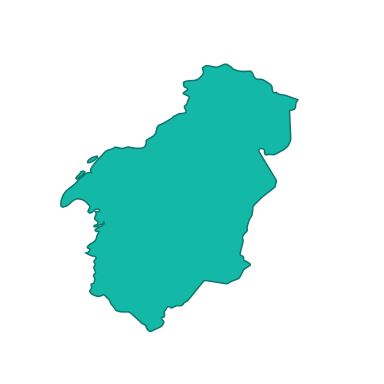 an SVG outline of Monagas, rotated 244°
{"feature_id": "VEN-46", "entity_name": "Monagas", "entity_type": "State", "adm_level": 1, "iso_a3": "VEN", "parent_name": "Venezuela", "parent_adm1": "", "projection": "equal_earth", "projection_center": [-62.996, 9.35], "detail": "fine", "context": "isolated", "style": "filled", "palette": "teal", "viewbox_px": 384, "rotation_deg": 244, "n_neighbors": 0, "source": "natural_earth", "source_scale": "10m", "svg_char_len": 5737}
<svg xmlns="http://www.w3.org/2000/svg" viewBox="0 0 384 384"><g transform="rotate(244 192 192)"><path d="M194.0,86.9L194.4,87.5L195.8,89.5L197.3,90.9L197.9,90.4L198.3,89.0L199.3,88.2L200.3,88.2L200.8,89.4L201.2,96.4L202.1,99.4L203.7,99.5L202.4,97.4L202.7,95.7L203.1,94.1L202.5,92.3L202.5,91.4L202.9,90.1L203.5,89.0L204.3,88.8L204.8,89.7L204.3,92.0L204.7,93.2L206.3,94.4L207.7,93.9L209.2,93.0L210.7,92.8L212.0,93.7L213.0,95.1L214.3,96.3L216.5,96.5L215.2,100.1L216.2,101.1L217.8,100.3L218.6,98.0L217.6,93.3L217.8,90.8L220.0,89.9L220.7,90.5L222.6,93.0L223.7,93.7L225.0,93.8L230.5,92.0L233.0,90.2L235.2,87.7L236.4,85.1L236.5,81.9L234.8,75.9L234.4,73.0L235.1,69.1L236.9,68.1L239.2,69.1L241.5,70.6L245.7,74.7L248.1,79.3L250.7,90.8L251.7,93.3L252.8,95.4L253.6,97.6L253.7,100.4L254.9,103.3L255.3,105.1L254.8,107.0L253.7,110.0L255.6,110.1L257.1,111.2L258.3,113.0L260.4,116.8L265.9,130.7L266.5,133.1L266.4,135.5L265.9,137.6L265.7,139.7L265.8,140.1L266.0,142.4L264.7,144.6L262.8,146.7L261.5,148.9L260.8,153.2L260.3,154.6L256.0,160.5L253.8,165.1L253.2,167.3L253.5,169.5L254.8,171.3L256.7,172.6L258.5,173.5L258.9,176.6L259.0,179.6L259.4,182.5L260.7,185.0L265.4,189.0L266.4,190.9L266.5,192.4L266.3,195.8L266.7,202.6L267.0,203.9L267.1,206.6L267.4,207.2L267.7,207.8L267.9,208.5L268.0,209.2L267.9,211.9L268.0,213.5L268.0,214.5L267.7,215.7L266.9,217.6L266.4,219.2L266.1,220.3L266.3,221.4L266.7,221.9L267.3,222.1L271.6,222.4L272.1,222.6L272.4,223.0L272.6,223.7L273.0,225.1L273.2,225.7L273.6,226.2L274.0,226.6L275.4,227.7L275.9,228.1L276.2,228.6L277.2,230.2L277.6,230.6L278.0,231.0L278.4,231.1L278.8,231.2L279.7,230.7L280.8,230.0L283.0,228.1L284.0,227.5L284.7,227.4L284.9,228.0L285.6,231.8L285.8,232.5L286.0,233.0L286.4,233.2L286.8,233.3L287.3,233.2L287.7,232.9L289.2,231.6L290.1,231.2L290.6,231.1L292.3,231.6L292.8,231.9L294.1,232.2L294.4,233.4L294.3,234.8L293.5,237.6L291.3,242.8L290.7,245.6L291.1,248.9L292.4,252.0L293.2,253.5L294.1,254.5L295.3,255.1L297.8,255.3L299.0,255.9L299.1,257.2L299.3,258.1L299.4,259.0L299.1,260.3L298.6,261.5L293.8,268.1L293.2,269.4L292.9,270.6L292.7,276.6L292.1,278.5L290.8,279.8L287.0,282.0L284.4,282.9L280.9,286.1L280.5,286.7L278.1,290.4L276.0,295.2L274.9,297.7L273.3,298.3L267.5,298.4L266.2,298.9L265.5,299.3L264.9,299.8L264.4,300.5L264.2,301.0L264.0,301.6L263.7,302.4L262.7,303.9L261.6,305.1L260.4,306.0L254.4,309.6L252.9,310.0L251.6,310.0L247.6,308.7L246.1,308.8L244.9,309.6L244.6,311.6L243.3,311.8L242.0,312.8L240.9,314.0L237.9,318.4L237.5,318.8L229.1,327.0L228.3,327.6L227.4,325.6L226.4,324.4L222.5,321.9L221.9,321.0L221.5,320.2L221.5,319.3L221.7,318.5L222.1,317.1L222.4,316.5L222.5,315.9L222.3,315.3L196.6,304.1L195.0,303.0L193.2,301.0L191.1,298.0L190.3,295.3L189.8,292.7L189.4,282.8L189.6,282.1L192.0,277.7L192.3,277.1L192.4,276.3L192.6,275.5L192.9,274.9L193.3,274.5L193.8,274.2L194.3,274.1L194.9,274.2L197.0,275.2L197.6,275.4L198.2,275.4L198.8,275.3L199.2,275.0L199.7,274.6L200.1,274.2L200.7,273.2L201.2,271.9L200.7,270.2L197.9,270.0L167.2,272.8L165.2,272.7L164.0,272.4L163.6,271.9L163.2,271.2L162.5,270.6L161.3,269.9L160.6,269.4L160.2,268.9L160.0,268.5L159.9,268.0L156.6,252.6L153.2,242.6L151.7,240.0L151.2,239.7L150.1,239.2L149.6,238.9L148.6,238.2L145.9,236.6L144.4,235.1L143.5,233.9L142.7,232.3L142.1,231.5L137.3,226.9L135.4,225.7L133.9,225.1L133.0,224.6L132.5,223.9L131.5,221.0L130.5,219.1L129.8,218.2L129.2,217.6L128.7,217.3L128.1,217.1L127.5,216.9L126.8,216.9L125.9,216.6L124.3,215.6L116.0,208.6L114.8,207.9L114.2,208.0L113.6,208.2L112.3,209.3L111.8,209.6L111.1,209.7L110.3,209.6L109.1,209.0L108.3,208.7L107.7,208.8L107.2,209.1L106.8,209.4L106.4,209.9L103.0,212.2L102.5,212.5L101.9,212.6L101.1,212.6L100.7,212.3L100.5,211.7L99.8,205.8L99.3,203.9L95.1,198.6L94.2,197.0L93.8,195.6L94.4,188.5L94.2,183.3L94.5,182.6L106.0,166.2L106.3,165.6L106.5,165.1L107.0,163.7L97.0,142.4L96.0,139.6L96.1,138.6L96.0,137.1L95.7,136.0L95.0,134.9L94.7,134.0L94.6,133.1L94.7,132.3L94.9,131.6L95.1,131.0L96.4,128.7L96.6,127.9L96.7,126.8L96.6,123.9L96.7,122.9L97.0,122.4L97.5,122.1L98.1,121.9L98.7,121.6L99.1,121.0L99.3,119.7L99.1,118.9L98.8,118.2L96.8,115.1L96.4,114.7L95.4,114.1L93.5,113.4L92.8,113.1L92.1,112.3L92.0,111.7L92.2,111.0L92.4,110.2L92.3,109.7L91.9,109.4L91.3,109.2L90.5,109.2L88.2,109.8L87.5,109.6L86.6,109.0L85.4,107.3L84.9,106.1L84.6,105.0L84.7,94.2L84.9,93.5L85.3,93.0L85.7,92.6L86.1,92.3L86.7,92.0L87.2,91.8L89.8,91.5L90.4,91.6L91.7,91.8L92.3,91.8L92.8,91.6L95.6,89.7L96.4,89.0L97.9,88.7L109.1,84.3L111.9,82.6L115.4,75.6L116.7,73.9L118.3,72.3L119.2,71.7L120.1,71.5L122.3,71.4L126.9,70.1L130.4,70.4L133.0,69.8L135.7,68.7L137.5,68.3L138.3,67.6L138.4,66.9L138.6,64.3L138.8,63.5L139.0,62.7L139.6,61.5L139.9,61.0L140.8,60.0L143.3,57.8L145.8,56.6L147.1,56.4L147.8,56.7L148.2,57.2L149.1,58.8L149.5,59.3L150.0,59.7L150.5,59.9L152.9,60.7L153.3,61.2L153.4,61.8L153.3,62.5L153.2,63.2L153.2,63.8L153.4,64.3L153.8,64.7L154.3,64.9L154.8,65.2L155.2,65.7L155.8,66.2L156.7,66.6L159.8,66.8L160.5,67.1L160.8,67.7L161.2,69.1L161.5,69.6L161.9,70.0L167.3,70.7L167.7,71.1L168.1,71.6L168.7,72.7L169.1,73.2L169.9,73.3L171.7,73.3L172.4,73.4L172.9,73.7L173.2,74.0L173.4,74.8L174.2,76.6L175.4,77.0L176.1,76.8L176.6,76.5L177.4,75.5L178.1,74.5L179.5,73.0L183.6,69.9L183.3,71.6L183.4,72.2L183.6,73.1L184.0,73.8L184.7,74.7L185.4,75.0L185.9,75.0L186.8,74.1L187.4,73.7L188.3,73.7L188.8,74.3L189.1,75.2L189.8,77.3L189.9,78.2L190.1,81.0L190.8,83.7L191.3,84.6L191.8,85.3L192.2,85.7L193.7,86.7L194.0,86.9ZM265.2,111.7L266.1,113.2L266.7,116.6L266.4,119.9L265.8,122.5L264.4,122.3L263.3,118.5L263.1,115.0L263.4,112.7L263.9,111.2L264.8,111.3L265.2,111.7ZM257.7,99.7L258.3,100.0L258.9,101.5L258.4,103.7L257.1,104.4L255.9,103.0L255.1,100.5L254.3,95.9L254.2,94.0L255.2,93.7L256.4,95.6L257.7,99.7Z" fill="#14b8a6" stroke="#0f766e" stroke-width="1.5"/></g></svg>